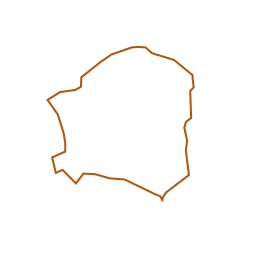 SVG path tracing the border of Moravske Toplice, rotated 136°
{"feature_id": "SVN-1044", "entity_name": "Moravske Toplice", "entity_type": "Municipality", "adm_level": 1, "iso_a3": "SVN", "parent_name": "Slovenia", "parent_adm1": "", "projection": "equal_earth", "projection_center": [16.276, 46.713], "detail": "fine", "context": "isolated", "style": "outline", "palette": "amber", "viewbox_px": 256, "rotation_deg": 136, "n_neighbors": 0, "source": "natural_earth", "source_scale": "10m", "svg_char_len": 654}
<svg xmlns="http://www.w3.org/2000/svg" viewBox="0 0 256 256"><g transform="rotate(136 128 128)"><path d="M153.4,52.5L152.2,56.6L154.2,60.8L166.2,93.3L176.2,104.6L183.7,117.6L191.8,126.2L203.9,124.3L204.2,143.3L211.1,145.9L209.8,148.0L203.1,159.5L199.1,158.1L189.5,154.7L183.8,160.5L177.8,169.1L169.1,186.5L166.4,204.1L152.0,201.1L139.4,191.9L133.2,190.4L126.3,196.9L102.0,194.6L88.9,192.4L69.4,183.4L64.6,179.5L59.3,173.7L58.9,165.4L47.6,144.9L44.9,121.1L47.3,118.6L52.5,111.6L57.6,111.4L75.5,91.4L81.9,92.1L87.1,89.3L94.4,77.7L101.9,71.8L116.8,51.9L145.5,55.2L150.6,54.0L152.7,52.8L153.4,52.5Z" fill="none" stroke="#b45309" stroke-width="2"/></g></svg>